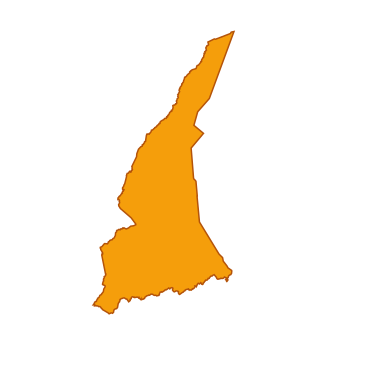 Capayán, Catamarca, Argentina, rotated 220°
{"feature_id": "61730980B90105410435104", "entity_name": "Capayán", "entity_type": "district", "adm_level": 2, "iso_a3": "ARG", "parent_name": "Argentina", "parent_adm1": "Catamarca", "projection": "orthographic", "projection_center": [-65.985, -29.028], "detail": "fine", "context": "isolated", "style": "filled", "palette": "amber", "viewbox_px": 384, "rotation_deg": 220, "n_neighbors": 0, "source": "geoboundaries", "source_scale": "gbopen_adm2", "svg_char_len": 6000}
<svg xmlns="http://www.w3.org/2000/svg" viewBox="0 0 384 384"><g transform="rotate(220 192 192)"><path d="M263.0,341.9L264.7,339.7L264.5,338.0L272.2,324.1L273.3,323.6L276.2,317.1L274.0,315.5L273.9,315.1L274.6,313.5L274.3,313.2L274.3,311.8L273.9,311.2L273.7,311.3L272.8,310.3L272.1,309.9L272.3,309.3L272.1,308.5L272.4,307.9L272.1,307.8L271.8,307.2L271.4,307.0L271.9,306.0L271.2,305.7L270.9,304.5L269.8,302.8L269.7,302.4L270.0,302.1L269.6,299.7L269.4,299.0L268.6,298.2L268.6,297.9L269.0,297.5L268.7,297.0L268.6,293.3L269.3,292.3L269.3,291.6L268.3,289.5L268.3,289.0L270.4,285.8L270.8,284.3L270.9,283.8L270.6,283.6L271.0,282.5L270.3,281.8L270.9,279.0L270.7,276.7L271.3,275.4L271.0,275.2L271.2,274.8L270.2,273.0L270.2,272.3L269.2,270.6L269.4,269.9L268.9,268.2L269.2,268.1L268.4,266.8L268.4,264.5L267.6,263.3L267.9,263.1L267.3,261.6L266.0,260.9L265.7,259.3L265.8,259.1L265.3,258.1L265.5,257.6L265.0,257.5L264.4,256.1L263.9,256.1L263.1,255.4L263.3,253.9L262.5,252.5L262.5,251.6L261.4,251.0L260.8,250.2L260.7,249.5L261.3,249.0L261.0,248.3L261.5,247.0L261.8,246.9L262.2,246.1L262.2,245.8L261.0,244.8L260.0,243.0L259.8,242.2L260.3,241.4L260.1,241.0L259.5,240.7L259.7,240.3L260.0,240.1L260.2,238.4L259.9,238.0L259.5,235.8L259.7,235.7L259.7,234.8L259.1,233.9L259.8,233.4L259.7,233.0L259.2,232.6L259.1,231.8L259.5,231.6L260.3,230.6L260.1,229.4L260.8,227.9L261.5,225.6L261.1,224.7L260.7,224.3L260.7,223.9L261.1,223.9L261.3,223.3L260.9,222.2L261.3,221.4L261.2,220.8L261.5,220.4L261.1,219.1L261.4,218.8L261.9,217.2L261.6,216.7L262.0,215.7L261.9,215.4L262.2,213.8L262.8,213.3L262.1,211.9L262.0,210.0L262.3,209.6L262.0,208.8L262.6,208.6L263.2,207.5L263.5,207.7L263.8,207.4L263.4,206.2L260.1,200.8L260.5,200.4L260.6,199.9L260.0,198.6L260.2,197.8L259.9,197.5L259.9,196.8L260.4,196.2L259.6,195.1L260.3,193.7L260.5,190.4L258.9,185.9L257.1,183.3L254.5,172.9L254.0,172.8L253.2,171.6L252.2,171.0L252.3,170.8L251.9,170.2L252.2,169.9L251.9,168.7L251.5,168.4L251.8,167.9L252.2,168.5L253.0,168.0L253.1,167.2L252.8,165.6L253.6,164.6L253.2,163.3L252.8,162.9L252.8,162.4L252.0,161.6L248.8,155.0L248.7,153.9L248.0,152.3L247.9,150.6L247.0,149.5L246.3,149.3L246.0,150.0L245.7,150.1L245.4,149.4L245.5,148.8L245.2,148.4L245.5,148.1L245.3,147.0L244.6,146.3L245.0,145.7L244.7,145.4L244.8,144.8L244.6,142.8L244.9,142.4L244.8,142.1L245.0,141.6L244.7,140.7L244.9,140.0L244.2,138.9L243.7,139.1L243.6,138.7L242.9,139.2L242.1,138.9L241.5,137.8L240.9,137.7L240.3,136.6L240.2,135.3L239.2,134.3L236.2,133.3L222.0,133.1L215.3,131.5L214.5,131.3L214.0,130.7L214.7,129.4L214.9,128.7L217.0,126.4L217.5,123.7L218.5,121.6L219.4,121.1L220.6,121.0L221.2,120.7L221.1,120.2L221.3,119.9L222.0,119.8L221.9,118.6L222.8,118.1L222.7,116.9L223.0,116.6L223.7,116.6L224.2,116.0L224.3,114.9L224.9,114.3L224.8,113.7L224.2,113.0L224.3,111.6L222.8,109.5L222.1,106.6L222.6,105.6L222.5,104.0L223.3,103.2L223.4,102.6L223.8,102.1L223.6,100.7L224.0,100.1L223.5,98.8L223.4,98.0L225.7,96.4L225.9,95.9L225.9,92.2L226.7,90.7L226.3,90.1L225.4,89.8L224.8,89.2L221.6,88.1L221.5,87.4L220.8,87.4L220.6,87.1L220.4,86.5L220.8,86.1L220.6,85.7L205.4,73.5L205.2,73.7L204.7,73.0L204.7,72.5L204.5,72.1L204.5,71.5L204.9,70.8L204.0,69.9L204.0,69.1L203.8,68.3L203.0,67.7L202.8,67.1L202.5,67.0L202.4,66.1L201.3,63.8L200.9,63.7L200.8,64.1L199.8,63.9L198.8,64.3L198.0,64.1L197.5,63.0L197.2,60.9L195.8,58.6L195.8,57.0L195.6,56.2L195.8,55.9L195.6,55.4L195.6,54.8L196.0,54.2L196.1,53.4L195.5,51.7L196.0,49.8L195.5,49.4L195.5,47.7L194.9,46.7L195.6,45.7L195.7,44.8L195.3,44.3L195.1,42.1L194.8,42.4L194.6,43.0L194.2,42.9L193.6,42.2L193.4,42.8L193.1,42.6L192.6,43.2L192.2,43.1L191.5,43.8L190.6,44.2L189.8,44.2L188.8,45.1L187.2,44.9L186.7,44.6L185.7,44.7L184.9,44.4L178.5,45.5L177.2,45.4L176.3,47.3L175.8,47.7L174.9,48.0L174.8,49.5L175.5,50.5L176.0,51.8L175.5,53.4L174.8,54.1L174.8,55.6L176.7,58.9L177.1,60.7L176.9,61.2L177.8,63.2L177.8,63.7L178.0,63.7L177.5,65.1L177.0,65.6L176.7,66.4L175.8,67.4L173.6,67.6L173.2,68.1L169.9,67.2L169.6,69.1L170.4,70.0L170.0,71.2L170.4,71.7L170.6,72.8L170.1,73.7L168.9,73.9L168.6,74.4L168.0,74.3L166.8,75.9L165.8,76.6L164.8,76.6L164.8,76.8L164.6,76.6L164.4,76.9L162.0,76.6L161.7,76.8L161.9,77.2L161.6,77.0L161.2,77.4L161.0,78.1L160.5,78.6L160.5,78.9L160.2,79.0L160.0,80.3L160.3,80.7L160.4,81.4L160.1,82.0L160.0,83.3L159.1,84.5L159.0,85.1L158.1,85.7L157.8,87.4L156.3,88.4L155.4,88.3L154.3,88.7L153.3,89.7L152.3,89.7L150.9,91.5L151.2,91.9L151.0,92.4L151.5,93.0L152.0,94.9L151.3,95.4L151.3,95.9L150.6,96.0L150.4,96.3L150.4,96.8L150.0,97.4L150.0,97.9L149.6,98.8L149.8,99.2L149.5,100.1L149.3,100.1L149.1,100.6L148.7,100.7L148.1,103.5L146.7,103.5L146.8,104.6L146.3,105.1L145.9,105.9L145.0,106.1L144.6,105.8L144.0,104.4L142.1,103.9L141.2,104.3L140.6,106.0L140.2,106.3L139.0,106.9L138.3,107.0L137.7,106.0L137.0,105.7L136.0,105.4L135.6,105.6L134.7,109.2L134.4,109.5L134.3,111.2L133.9,112.0L134.2,112.4L133.8,113.6L133.5,113.8L132.4,115.5L131.6,115.0L130.8,115.7L130.5,115.5L130.3,115.9L129.4,116.5L129.5,118.1L129.0,118.1L128.6,119.5L128.7,121.5L129.2,121.8L128.7,122.0L128.5,122.9L127.9,122.6L128.6,125.0L128.6,125.8L128.3,125.9L128.3,126.2L127.1,126.4L127.0,128.2L125.2,127.6L124.4,128.0L124.4,128.8L124.9,129.6L124.6,130.3L124.9,131.7L124.7,132.2L124.9,132.9L124.7,132.9L124.7,133.3L123.8,134.3L123.8,135.4L124.1,136.1L123.6,136.4L123.3,136.9L123.5,137.4L123.5,139.5L123.3,139.9L122.6,140.5L122.5,141.6L121.9,142.9L118.5,142.3L117.6,141.8L116.5,141.6L115.6,142.4L115.4,142.8L114.7,143.6L114.4,144.6L113.5,144.9L112.8,145.7L112.4,146.5L112.5,147.7L111.6,148.0L110.8,148.1L110.1,147.7L109.9,147.2L109.9,146.4L108.6,146.5L108.1,145.8L107.8,145.8L107.8,147.3L108.0,147.8L108.9,147.6L109.3,148.5L109.8,148.9L109.3,149.6L110.0,151.3L109.8,152.7L109.2,153.5L109.4,155.1L110.7,157.0L111.2,157.4L115.7,157.0L117.6,157.8L123.6,159.1L126.4,161.4L131.4,161.8L167.0,173.8L184.0,190.6L185.5,192.1L185.4,192.3L195.7,202.6L196.6,203.0L199.0,203.2L199.8,203.7L220.9,225.1L220.9,244.3L233.4,244.3L239.2,257.1L238.8,274.7L263.0,341.9Z" fill="#f59e0b" stroke="#b45309" stroke-width="1.5"/></g></svg>